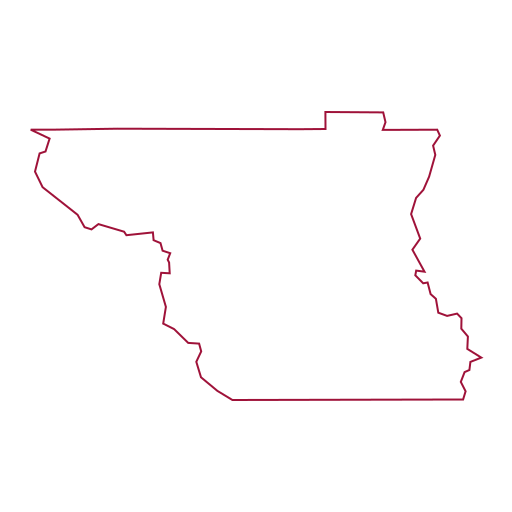 Colusa, California, United States of America (orthographic projection)
{"feature_id": "52423323B21715725601403", "entity_name": "Colusa", "entity_type": "district", "adm_level": 2, "iso_a3": "USA", "parent_name": "United States of America", "parent_adm1": "California", "projection": "orthographic", "projection_center": [-122.228, 39.169], "detail": "fine", "context": "isolated", "style": "outline", "palette": "rose", "viewbox_px": 512, "rotation_deg": 0, "n_neighbors": 0, "source": "geoboundaries", "source_scale": "gbopen_adm2", "svg_char_len": 979}
<svg xmlns="http://www.w3.org/2000/svg" viewBox="0 0 512 512"><path d="M51.6,129.7L30.7,129.7L49.6,138.6L45.5,151.5L39.6,153.4L35.0,171.6L42.6,187.2L77.6,214.8L84.6,227.2L91.5,229.4L98.4,224.1L124.1,231.7L126.4,235.2L152.9,232.4L153.6,240.2L160.5,243.1L162.6,250.7L170.2,253.2L167.7,259.7L169.1,262.5L169.7,273.3L161.2,272.8L159.3,284.2L165.9,306.9L163.2,323.6L174.1,329.1L188.2,342.9L199.1,343.6L201.2,351.4L196.3,361.8L201.0,377.3L217.4,390.9L232.4,400.0L463.1,399.5L465.6,391.3L460.8,381.9L464.6,372.1L469.4,370.0L470.4,361.9L481.3,357.6L467.3,348.9L467.9,336.5L461.3,328.7L461.5,318.2L457.1,313.6L447.1,315.9L438.3,312.7L435.9,298.8L430.6,294.1L427.6,282.5L423.2,283.3L415.3,275.3L416.2,270.6L424.5,271.7L412.4,249.7L420.2,238.6L411.1,214.1L416.1,197.9L423.4,189.8L429.1,176.7L435.3,154.9L433.1,145.6L439.9,135.6L437.2,129.7L382.8,129.9L385.5,122.2L383.2,112.4L325.4,112.0L325.5,129.0L299.9,129.2L117.3,128.7L51.6,129.7Z" fill="none" stroke="#9f1239" stroke-width="2"/></svg>